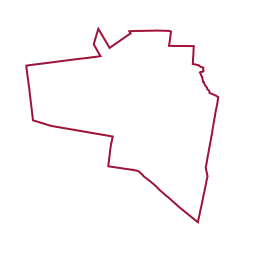 the district of Caraula, Dolj, Romania, rotated 83°
{"feature_id": "2599482B35148245889168", "entity_name": "Caraula", "entity_type": "district", "adm_level": 2, "iso_a3": "ROU", "parent_name": "Romania", "parent_adm1": "Dolj", "projection": "equal_earth", "projection_center": [23.254, 44.175], "detail": "fine", "context": "isolated", "style": "outline", "palette": "rose", "viewbox_px": 256, "rotation_deg": 83, "n_neighbors": 0, "source": "geoboundaries", "source_scale": "gbopen_adm2", "svg_char_len": 3365}
<svg xmlns="http://www.w3.org/2000/svg" viewBox="0 0 256 256"><g transform="rotate(83 128 128)"><path d="M108.8,221.4L116.5,204.2L134.6,144.2L139.3,145.8L142.4,146.9L145.2,147.7L147.4,148.3L150.7,149.1L152.7,149.5L157.3,150.7L160.5,151.5L161.7,151.8L163.6,152.2L165.1,146.9L165.8,144.2L166.9,140.2L167.4,138.5L170.0,128.9L170.6,127.0L171.8,123.5L172.2,122.9L172.9,122.1L173.0,122.1L173.3,121.8L174.2,120.9L174.5,120.7L175.2,120.2L175.7,119.8L176.1,119.5L177.8,118.4L184.0,112.1L187.4,108.9L193.1,104.4L199.6,98.6L201.4,96.8L204.2,94.3L207.6,91.4L211.4,88.0L213.2,86.4L230.0,70.2L226.4,68.9L224.2,68.1L222.1,67.4L218.5,66.2L214.2,64.6L205.8,61.8L203.2,61.0L200.5,59.9L198.4,59.3L197.5,58.9L195.8,58.4L192.2,57.2L189.9,56.5L188.6,56.0L186.5,55.3L185.6,54.9L184.9,55.0L182.7,55.2L179.8,55.4L177.0,55.7L176.7,55.7L176.4,55.6L175.7,55.3L174.9,55.1L174.0,54.8L173.2,54.5L172.3,54.2L171.4,54.0L170.5,53.7L169.6,53.4L168.7,53.2L168.3,53.0L167.9,52.9L167.0,52.7L166.2,52.4L165.6,52.3L165.3,52.1L164.3,51.8L163.4,51.5L162.4,51.2L161.4,50.9L160.5,50.6L159.5,50.3L158.5,50.0L157.8,49.8L156.9,49.5L156.3,49.3L155.6,49.1L154.8,48.8L154.0,48.6L153.1,48.3L152.2,48.0L151.3,47.7L150.4,47.4L149.5,47.1L148.6,46.9L147.7,46.6L146.7,46.3L145.8,46.0L144.9,45.7L143.9,45.4L143.0,45.1L142.5,44.9L142.1,44.8L141.5,44.7L140.7,44.5L140.4,44.4L139.5,44.2L138.3,43.8L131.3,41.7L129.5,41.2L127.8,40.6L125.4,39.9L123.2,39.3L120.2,38.3L119.3,37.9L117.1,37.2L114.1,36.3L110.5,35.2L108.4,34.6L106.4,37.1L103.1,42.8L101.4,42.8L100.9,42.9L100.5,43.1L100.1,43.6L99.5,44.3L99.0,44.5L97.7,44.7L96.8,45.2L95.6,46.0L94.7,46.3L93.3,46.9L92.6,47.0L91.8,47.1L91.6,47.8L89.4,48.0L86.2,48.2L86.1,48.5L83.8,49.1L82.2,49.5L81.6,49.8L81.3,49.3L81.3,49.1L81.3,48.5L81.2,47.8L81.2,47.1L81.0,46.5L80.9,46.3L80.6,46.1L80.1,46.1L79.5,46.2L78.8,46.2L77.7,46.2L77.3,46.0L77.2,46.3L76.7,47.2L76.3,48.1L76.1,48.5L75.9,48.6L75.6,49.2L75.3,49.5L75.0,49.5L74.7,49.7L74.5,49.9L74.3,50.4L73.9,51.5L73.3,53.1L73.0,53.9L72.4,55.5L72.4,55.9L71.3,55.7L69.9,55.4L69.0,55.3L67.9,55.1L66.8,54.9L66.0,54.7L64.9,54.6L63.7,54.3L62.7,54.1L61.5,53.9L60.0,53.7L58.6,53.4L57.1,53.2L54.8,52.7L54.7,52.7L54.6,53.0L54.6,53.5L54.5,54.1L54.4,55.0L54.3,55.5L54.3,55.9L54.2,56.6L54.1,57.6L53.9,58.7L53.8,59.7L53.7,60.5L53.4,62.2L53.3,63.7L53.2,64.6L53.0,65.7L52.9,66.9L52.7,68.3L52.4,70.1L52.3,71.5L52.1,72.8L51.8,74.8L51.5,77.3L44.4,75.3L38.6,73.9L37.5,73.6L37.3,73.8L36.7,75.1L36.4,77.1L36.1,78.6L35.5,83.0L35.0,86.1L34.6,89.7L33.9,96.7L33.7,98.2L33.2,103.6L32.9,106.2L32.5,109.6L32.2,113.4L32.1,114.9L34.5,113.9L34.6,114.1L35.7,116.5L40.4,125.3L42.9,130.1L44.8,133.8L46.3,136.5L41.8,138.4L35.2,141.3L28.6,144.2L26.0,145.4L34.4,149.1L40.7,151.8L53.3,146.6L53.3,147.1L53.4,147.6L53.4,151.1L53.4,152.5L53.5,159.6L53.4,173.8L53.6,202.0L53.6,217.4L53.7,220.6L53.7,221.3L53.8,221.3L54.3,221.3L54.7,221.3L55.2,221.4L55.9,221.4L56.5,221.4L57.3,221.4L58.0,221.4L59.0,221.4L59.9,221.4L60.5,221.4L61.0,221.4L61.5,221.4L62.2,221.4L63.4,221.4L64.1,221.4L65.6,221.4L67.5,221.3L68.4,221.3L69.5,221.3L70.8,221.3L72.5,221.3L73.1,221.3L73.5,221.4L74.0,221.3L74.4,221.2L75.1,221.2L76.5,221.2L77.8,221.2L79.0,221.3L80.4,221.2L82.1,221.3L83.7,221.3L85.3,221.3L86.6,221.3L88.3,221.3L89.7,221.3L91.4,221.3L93.7,221.3L95.2,221.3L97.5,221.3L99.2,221.3L102.2,221.4L104.7,221.3L106.5,221.4L108.1,221.4L108.8,221.4Z" fill="none" stroke="#9f1239" stroke-width="2"/></g></svg>